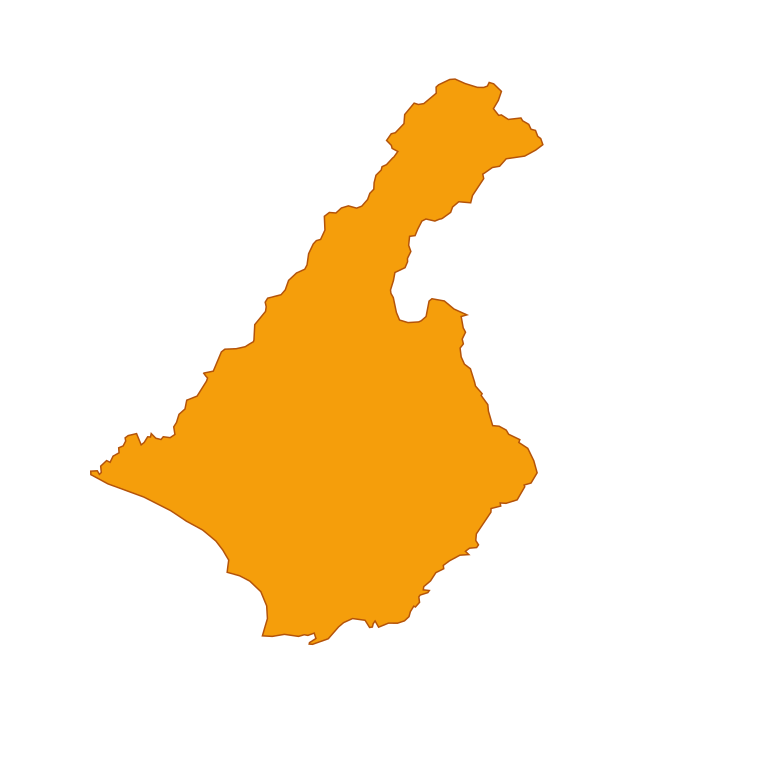 outline of Juana Díaz, Puerto Rico, rotated 49°
{"feature_id": "32010507B98584278063898", "entity_name": "Juana Díaz", "entity_type": "district", "adm_level": 2, "iso_a3": "PRI", "parent_name": "Puerto Rico", "parent_adm1": "", "projection": "natural_earth1", "projection_center": [-66.503, 18.064], "detail": "fine", "context": "isolated", "style": "filled", "palette": "amber", "viewbox_px": 768, "rotation_deg": 49, "n_neighbors": 0, "source": "geoboundaries", "source_scale": "gbopen_adm2", "svg_char_len": 3326}
<svg xmlns="http://www.w3.org/2000/svg" viewBox="0 0 768 768"><g transform="rotate(49 384 384)"><path d="M260.1,664.7L278.2,657.9L311.8,639.4L339.6,628.1L352.3,624.6L358.0,623.1L375.1,616.7L379.7,615.9L390.3,614.2L392.2,613.9L397.2,614.2L403.6,614.6L409.4,615.7L411.6,616.1L415.0,616.7L419.4,621.7L423.2,625.9L434.0,618.8L444.7,614.6L459.9,613.2L463.2,614.3L474.5,618.1L484.6,625.9L489.5,633.6L494.3,641.0L501.2,633.9L507.6,623.4L518.4,614.1L520.9,608.7L523.8,606.4L526.2,600.1L531.4,602.3L530.3,609.9L531.2,611.1L533.6,608.7L539.7,593.2L537.5,577.5L537.6,571.0L540.4,561.6L549.9,553.3L558.3,554.6L559.8,552.2L557.8,549.4L557.0,546.2L564.0,547.6L567.4,537.5L573.4,530.7L576.2,523.9L576.0,517.8L573.1,513.4L571.2,507.3L572.9,506.6L572.1,500.4L567.5,497.4L567.0,495.2L570.2,487.8L569.6,485.3L565.1,489.4L563.0,486.9L563.1,478.0L560.4,468.6L562.6,460.1L559.8,458.3L560.4,450.6L563.0,439.0L568.4,431.9L563.7,432.3L564.0,427.2L568.2,421.4L567.4,418.2L562.3,417.4L557.7,412.6L550.9,387.4L548.2,384.9L552.7,376.0L550.0,374.4L554.1,370.2L558.8,359.5L553.9,345.2L552.2,344.5L555.2,338.0L551.5,326.7L540.2,321.3L526.9,317.7L516.6,320.6L515.1,318.0L503.7,322.9L499.0,322.0L491.4,324.8L486.7,329.3L473.0,323.0L467.7,319.2L456.4,318.2L455.7,316.3L445.6,316.3L442.0,314.4L429.2,308.8L421.8,310.3L414.2,308.0L406.8,303.0L405.8,297.8L401.4,295.5L398.4,288.5L393.6,287.4L383.7,281.5L386.2,276.1L373.3,282.0L360.9,284.0L351.1,291.9L351.0,295.6L360.7,308.0L360.7,314.4L359.9,317.1L353.4,325.6L345.9,330.3L338.1,327.7L324.9,320.3L320.1,319.3L317.3,317.4L312.1,309.0L307.0,302.6L310.0,291.8L307.2,286.0L304.6,283.9L301.6,276.8L295.5,274.4L289.3,267.8L292.4,263.2L289.2,256.8L285.9,248.5L287.0,244.1L294.4,238.7L296.0,234.0L296.9,232.5L297.3,231.2L298.2,221.1L295.4,216.1L295.5,208.0L304.1,199.7L299.8,193.5L294.4,174.0L290.4,171.8L290.8,169.1L291.7,160.2L295.5,153.9L294.2,144.0L304.3,128.3L307.0,116.0L307.6,107.1L301.6,104.7L298.0,105.5L292.0,103.3L288.2,105.9L283.0,104.4L276.3,106.7L273.1,106.1L265.9,116.6L257.9,118.9L256.5,121.2L248.0,120.8L245.0,111.7L240.2,103.4L229.4,104.3L225.4,106.8L227.0,110.5L225.6,114.2L221.4,118.9L210.4,125.7L200.5,130.3L197.3,134.6L194.0,146.5L194.1,149.9L198.8,153.8L198.5,170.0L195.6,174.7L191.8,177.0L194.2,191.6L200.6,198.1L201.8,210.6L199.9,214.4L201.9,222.3L208.7,221.9L211.5,223.3L217.6,221.0L219.2,227.7L219.1,229.2L220.1,238.2L218.7,242.9L220.7,245.8L221.2,253.1L225.6,259.4L230.3,263.9L230.8,269.6L234.0,275.3L235.2,284.1L233.3,289.3L226.2,294.0L223.2,300.7L223.4,308.1L218.7,312.7L218.3,319.0L229.1,327.6L233.3,337.0L231.4,341.0L231.9,345.5L236.2,355.4L243.6,363.9L245.4,368.5L242.8,377.2L243.2,388.0L248.2,396.8L249.1,403.1L242.9,415.5L244.3,420.0L248.4,422.2L251.5,425.8L254.4,442.6L265.5,453.3L266.4,454.8L265.5,459.6L264.8,464.3L260.4,472.4L253.3,481.3L253.1,485.7L262.3,504.4L257.6,512.7L257.6,513.0L261.4,513.3L263.7,513.2L265.4,516.1L270.5,533.0L266.8,543.5L272.3,550.6L272.4,558.6L277.0,566.0L277.1,566.5L278.4,570.8L284.9,574.9L284.2,580.6L279.0,585.2L279.6,588.7L275.2,591.8L268.7,592.2L270.8,595.0L268.8,597.0L270.8,603.4L270.6,607.2L259.1,603.3L255.1,610.9L254.8,614.7L257.6,616.4L259.6,621.5L258.1,626.1L262.1,629.1L260.7,635.8L263.4,642.1L259.8,643.6L260.1,651.7L265.3,655.4L265.5,658.1L261.4,657.3L257.4,662.5L260.1,664.7Z" fill="#f59e0b" stroke="#b45309" stroke-width="1.5"/></g></svg>